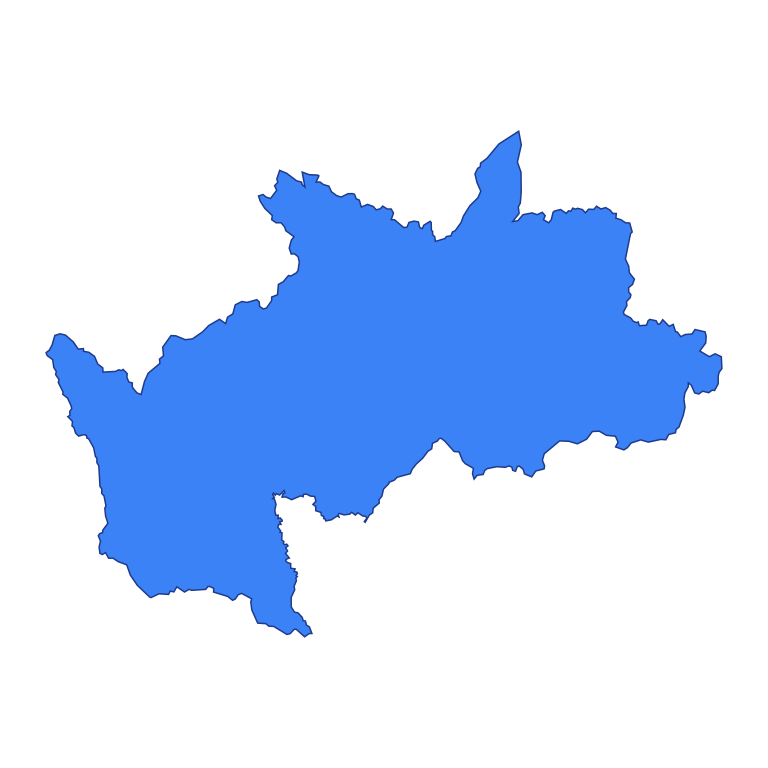 Pasco, Pasco, Peru
{"feature_id": "86281439B9789876914090", "entity_name": "Pasco", "entity_type": "district", "adm_level": 2, "iso_a3": "PER", "parent_name": "Peru", "parent_adm1": "Pasco", "projection": "orthographic", "projection_center": [-76.088, -10.729], "detail": "fine", "context": "isolated", "style": "filled", "palette": "blue", "viewbox_px": 768, "rotation_deg": 0, "n_neighbors": 0, "source": "geoboundaries", "source_scale": "gbopen_adm2", "svg_char_len": 6074}
<svg xmlns="http://www.w3.org/2000/svg" viewBox="0 0 768 768"><path d="M258.5,196.0L260.3,201.3L264.8,208.4L272.3,215.6L271.7,219.7L276.1,222.8L281.1,222.8L284.6,226.9L285.8,230.7L294.0,236.7L291.3,240.2L289.2,248.1L291.2,254.0L294.4,253.8L298.1,256.7L299.3,262.1L298.0,270.6L296.4,272.8L290.9,276.0L288.5,275.5L283.1,281.9L278.4,284.4L277.5,294.8L271.7,297.0L271.6,300.7L266.5,308.0L263.5,309.0L259.7,306.5L259.1,301.7L256.8,299.7L247.0,302.4L241.9,301.5L235.3,304.8L232.8,313.9L227.6,317.1L225.6,323.6L219.5,319.3L208.8,325.5L202.6,331.9L192.4,338.9L185.3,339.7L175.8,335.8L171.0,335.6L162.7,347.2L163.5,355.8L159.5,359.1L159.9,363.4L148.2,373.2L144.5,381.5L141.1,394.5L137.0,392.9L133.7,389.1L132.2,386.6L132.3,382.9L128.8,382.0L126.9,377.2L127.2,373.6L123.1,369.4L121.6,370.6L118.8,369.8L115.6,371.4L103.0,372.1L102.8,367.9L97.8,364.1L94.5,356.4L88.9,352.3L83.6,351.3L83.4,348.6L78.2,349.1L73.4,342.0L65.5,335.1L60.1,333.8L54.9,335.4L52.0,345.2L49.2,350.3L46.1,352.6L47.1,355.5L52.7,359.7L53.8,367.5L56.3,371.5L55.6,374.6L59.0,379.6L58.3,382.5L63.0,391.9L62.8,394.4L67.5,398.0L71.2,406.0L71.7,408.7L69.7,411.5L70.0,415.3L67.8,416.6L72.5,421.4L72.0,426.0L73.9,427.5L75.6,433.1L78.6,436.1L84.0,434.6L86.5,435.5L86.9,438.1L88.6,438.7L93.7,447.9L95.5,456.8L96.9,457.9L96.9,462.6L98.8,465.8L100.0,486.5L101.8,489.0L101.7,493.4L104.0,495.9L106.0,506.0L104.8,508.2L105.6,516.1L107.9,523.3L102.9,530.0L102.6,532.6L99.7,533.6L98.3,535.8L100.5,541.1L99.1,546.9L99.9,553.4L102.4,554.5L105.5,552.6L108.6,558.2L113.0,558.2L118.3,561.7L126.7,564.8L130.4,575.2L137.3,585.3L149.7,597.1L151.0,597.6L159.0,593.8L168.5,594.4L170.2,591.1L173.9,591.9L176.8,586.8L184.5,592.0L189.0,589.4L191.8,590.3L205.7,589.4L208.0,586.5L210.2,586.6L213.7,588.4L213.6,592.1L227.7,596.4L232.6,600.3L235.2,599.1L238.2,594.7L241.6,593.4L251.7,598.8L250.8,601.8L251.8,609.9L257.7,623.1L265.9,623.7L268.9,626.2L273.7,626.4L286.8,634.4L290.1,633.7L294.3,629.2L296.3,629.3L304.6,636.8L309.1,633.6L311.9,633.5L309.4,626.9L306.4,625.0L305.5,621.1L303.2,620.6L302.2,617.4L298.0,612.8L294.5,612.2L291.2,606.8L291.2,597.3L294.7,589.8L294.1,586.3L296.4,580.7L295.9,577.8L297.3,576.6L296.1,575.3L297.4,573.6L296.8,572.0L294.1,571.6L295.1,568.9L290.7,568.2L290.7,563.5L287.4,562.6L285.7,560.7L286.0,559.4L289.3,558.0L285.5,553.4L287.6,551.0L285.6,547.6L288.0,545.9L286.8,544.2L284.7,544.7L283.3,543.6L283.9,541.6L281.7,540.0L282.0,532.7L280.0,532.3L280.6,530.8L277.9,527.3L278.6,524.4L281.0,524.4L279.7,521.8L282.1,521.2L282.2,520.2L280.1,517.9L278.0,518.7L278.2,515.2L275.8,515.3L274.8,510.4L276.0,504.4L274.5,499.1L272.7,498.7L274.3,497.5L272.6,494.3L273.5,493.0L275.3,495.2L276.4,493.6L279.6,495.0L284.1,490.5L284.9,492.8L283.1,493.7L282.0,497.1L286.0,497.0L291.6,499.7L300.5,495.9L303.1,496.7L303.4,494.4L306.6,494.1L310.5,496.1L314.7,496.4L315.9,501.3L312.9,504.4L315.8,506.6L315.7,510.7L320.9,512.4L321.4,515.5L323.7,516.4L323.7,518.6L325.4,519.1L325.7,520.9L331.4,519.8L337.0,516.1L339.0,517.0L338.2,514.8L339.1,513.4L344.1,514.9L349.8,514.1L351.7,512.3L355.4,515.1L357.9,512.7L362.7,516.0L365.5,516.2L366.9,518.1L364.3,521.5L365.2,522.3L369.2,515.2L372.7,512.8L373.2,508.2L379.2,503.1L379.1,499.6L381.9,496.2L383.5,489.1L388.9,483.6L389.0,482.3L394.1,480.3L397.2,477.2L410.3,473.7L412.1,469.3L416.3,464.0L422.6,458.3L428.0,451.2L431.7,448.8L432.5,443.3L437.3,441.1L439.3,438.5L441.1,438.3L444.6,440.9L454.1,451.5L459.1,451.9L462.6,460.7L465.3,463.7L473.4,468.3L472.5,473.7L474.1,479.1L477.2,475.3L483.1,474.5L484.7,470.5L487.3,468.6L496.8,466.7L505.4,467.3L508.9,465.9L511.8,467.1L512.7,470.3L515.5,471.3L517.3,466.5L519.3,466.1L523.2,469.4L524.5,473.9L531.7,476.9L535.8,471.0L544.1,468.9L544.6,465.9L542.4,460.3L544.2,453.8L559.6,440.9L569.0,441.3L577.4,443.8L586.6,439.2L592.4,431.5L599.3,431.2L606.4,435.3L615.4,436.2L618.1,442.2L615.6,446.9L623.9,449.9L627.4,447.7L631.1,443.0L640.7,439.9L648.4,442.1L660.9,439.4L665.8,439.8L668.8,434.4L675.5,432.8L676.0,429.6L679.0,427.0L683.4,414.9L685.0,407.1L683.9,399.2L684.9,392.9L688.3,386.5L688.3,382.9L691.3,385.2L694.7,392.9L698.8,394.0L702.6,391.2L708.7,392.7L712.1,390.2L714.6,390.5L718.2,383.8L718.2,376.1L719.1,372.3L721.9,368.6L721.3,356.7L715.1,353.8L709.4,356.7L699.8,351.0L705.7,343.0L706.2,336.3L705.1,331.9L695.0,329.5L692.0,334.0L685.1,334.5L680.8,336.7L677.3,332.0L675.6,331.7L673.2,324.4L669.2,326.3L662.7,319.7L660.0,323.8L658.0,324.3L656.2,320.8L649.9,319.4L648.2,320.6L646.5,325.2L639.3,325.7L638.2,321.9L636.6,322.6L633.3,321.3L630.6,317.9L624.2,314.5L623.4,312.1L626.9,305.5L626.5,301.6L630.2,297.7L630.9,294.7L628.7,291.9L628.7,287.5L632.5,284.5L634.4,279.2L629.4,272.8L628.7,266.2L625.4,259.1L630.5,233.7L632.2,232.0L629.7,223.0L625.6,222.8L620.9,219.7L615.9,218.2L616.3,213.5L612.7,213.4L610.1,210.1L605.6,207.6L600.9,209.0L596.5,206.2L593.9,209.4L588.6,209.2L585.4,212.8L582.5,209.6L577.5,208.3L575.5,209.2L572.8,208.1L570.9,211.3L568.5,210.8L566.2,213.4L560.6,209.5L554.6,211.0L553.1,212.2L551.3,219.6L548.7,222.8L543.5,219.7L545.2,215.7L542.3,212.3L537.1,214.7L532.1,212.9L523.0,214.7L517.9,220.7L512.7,221.6L519.1,213.4L518.3,207.0L520.3,203.1L521.2,192.3L521.0,172.2L517.4,162.1L521.3,144.9L518.7,131.2L499.0,143.9L487.0,158.3L480.6,163.1L480.2,166.8L477.6,168.4L475.0,173.9L477.0,182.6L480.8,191.2L477.9,197.8L469.9,205.7L463.5,215.9L461.1,222.5L455.2,230.7L452.4,232.0L451.0,235.8L446.4,236.5L444.8,238.6L435.4,241.4L434.8,236.8L432.6,234.6L432.6,231.3L431.4,230.3L431.2,222.5L430.2,221.3L423.8,225.2L422.3,228.7L419.7,227.5L418.4,221.9L414.0,221.1L409.0,222.4L407.0,227.2L403.6,227.5L394.6,219.8L391.2,219.6L393.5,213.1L391.2,209.0L387.2,209.0L382.7,206.1L380.3,208.8L376.1,209.8L373.3,206.5L367.6,204.4L361.3,207.0L359.3,200.1L356.2,198.8L354.5,194.3L352.6,193.6L348.0,193.7L341.1,197.1L336.6,195.6L331.5,191.8L328.8,186.1L323.5,184.6L320.0,182.0L316.1,182.1L318.9,175.9L317.8,175.1L309.3,174.7L302.2,172.1L304.9,187.0L302.2,184.7L301.5,182.1L296.6,180.8L286.7,173.3L279.7,170.4L276.8,179.0L277.8,182.4L274.6,185.7L276.7,190.3L270.5,198.5L266.1,197.1L263.0,194.5L258.5,196.0Z" fill="#3b82f6" stroke="#1e3a8a" stroke-width="1.5"/></svg>